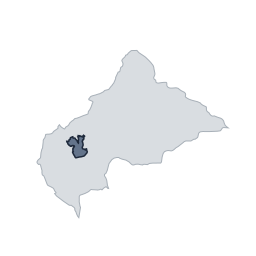 Bossangoa, Ouham, Central African Republic shown in context, rotated 345°
{"feature_id": "33826404B90258922405871", "entity_name": "Bossangoa", "entity_type": "district", "adm_level": 2, "iso_a3": "CAF", "parent_name": "Central African Republic", "parent_adm1": "Ouham", "projection": "robinson", "projection_center": [17.361, 6.343], "detail": "fine", "context": "in_parent", "style": "filled", "palette": "slate", "viewbox_px": 256, "rotation_deg": 345, "n_neighbors": 0, "source": "geoboundaries", "source_scale": "gbopen_adm2", "svg_char_len": 6666}
<svg xmlns="http://www.w3.org/2000/svg" viewBox="0 0 256 256"><g transform="rotate(345 128 128)"><path d="M174.5,93.2L176.7,93.8L177.1,94.6L176.5,97.1L176.9,98.6L178.2,99.9L179.4,100.5L180.6,100.8L184.8,101.6L186.5,102.5L188.8,105.5L191.7,108.1L192.4,109.5L192.3,110.8L191.5,112.4L191.6,113.0L192.9,114.6L194.5,116.1L197.2,117.9L202.1,120.7L204.3,122.5L205.0,124.0L206.3,125.5L208.0,126.9L209.1,128.0L208.4,131.0L208.6,132.0L209.0,132.9L210.1,134.1L210.5,135.6L211.5,137.5L212.7,138.4L214.6,138.7L215.7,139.6L217.9,141.2L220.0,142.5L220.9,143.4L221.5,144.2L221.9,145.2L222.2,146.1L222.2,148.2L222.6,150.7L223.8,152.5L224.8,153.8L220.5,152.3L219.9,152.3L219.1,152.5L216.9,154.4L216.2,154.6L213.3,154.2L206.5,152.7L201.2,151.3L199.6,150.8L196.8,150.4L194.9,151.3L193.2,154.6L192.7,155.2L189.9,156.2L188.6,155.9L185.5,156.8L180.5,155.5L178.8,155.7L177.4,156.4L173.9,157.9L171.8,158.8L169.3,159.5L166.9,160.7L165.3,161.3L163.8,161.3L162.4,160.7L160.8,160.1L159.0,160.0L157.1,160.3L155.5,161.6L154.8,162.6L153.4,165.0L151.7,169.1L151.1,169.9L150.5,170.3L142.8,168.3L139.5,167.8L137.3,168.4L134.5,167.3L133.2,167.1L132.7,167.5L131.1,166.9L128.6,165.6L126.1,165.0L124.0,165.2L122.6,164.7L121.6,163.4L120.2,161.0L117.7,158.5L114.3,156.6L112.2,155.1L111.4,154.1L109.6,153.6L106.8,153.5L104.2,154.4L100.4,157.5L96.9,163.7L94.9,166.1L93.3,166.7L92.9,168.2L93.7,170.6L93.9,173.3L93.3,178.0L93.6,181.4L92.7,180.9L91.9,179.3L91.5,179.0L89.2,179.7L88.0,180.3L87.3,180.9L86.8,181.0L86.1,180.2L85.5,180.0L84.6,180.2L83.7,180.2L83.0,180.0L82.6,180.1L81.5,179.6L77.5,178.3L76.8,177.9L76.0,177.9L74.0,179.0L72.9,179.4L69.5,180.1L66.0,180.4L64.6,180.4L63.7,180.9L63.1,181.7L62.0,186.0L61.7,186.7L61.7,187.8L61.4,191.2L61.6,192.3L57.3,201.9L56.6,200.3L56.2,198.4L56.0,196.3L56.1,195.7L55.8,195.1L55.4,193.3L55.8,192.2L55.5,191.0L54.7,189.9L53.9,189.0L53.5,188.2L53.1,187.9L52.3,187.8L51.2,187.3L46.5,181.8L41.6,175.5L40.6,173.5L40.2,172.3L41.4,172.2L41.7,171.9L41.7,171.4L40.9,169.8L40.6,167.7L40.0,166.5L38.0,164.6L36.2,163.1L35.6,162.4L35.3,161.3L34.6,154.5L34.3,152.6L33.7,151.8L33.3,151.4L33.1,150.9L33.2,149.7L33.4,148.6L33.4,148.2L33.9,147.3L33.9,141.0L33.4,140.1L32.2,140.1L31.7,139.2L31.2,138.1L31.3,137.2L32.4,136.0L33.1,135.5L35.2,134.5L35.8,134.0L36.1,133.4L36.4,132.5L37.6,129.3L39.4,126.1L40.2,125.4L42.0,120.7L42.5,119.5L42.8,118.3L43.4,117.3L45.3,115.7L46.9,112.9L48.5,113.1L50.1,113.5L52.3,113.7L54.0,113.2L55.1,112.1L60.3,110.2L60.6,108.7L61.5,107.9L62.4,107.2L62.7,107.1L62.8,107.6L63.4,109.2L64.6,110.8L66.3,112.5L66.8,112.4L67.9,111.1L70.6,110.3L71.3,109.9L73.2,108.0L75.5,106.8L76.9,106.4L79.2,105.1L80.9,105.3L83.5,105.1L88.0,104.5L91.2,104.3L92.8,104.1L93.2,103.8L93.9,102.0L94.3,101.5L95.6,100.7L97.9,98.0L99.5,95.7L99.9,94.9L100.3,94.7L100.9,93.8L100.3,92.8L97.6,90.7L97.6,90.4L97.5,90.1L97.6,89.8L98.7,89.0L100.0,88.0L101.5,87.7L105.3,87.7L108.5,87.5L109.3,87.6L111.8,87.1L113.5,86.7L115.3,85.7L119.3,85.8L122.6,83.3L123.6,82.8L124.0,82.4L124.1,82.1L125.7,81.1L127.4,79.0L128.8,77.2L129.2,75.9L133.0,71.4L134.3,71.5L134.9,71.0L136.4,68.0L136.9,67.5L138.5,67.0L139.2,66.1L139.8,64.8L139.8,63.2L139.5,61.9L139.5,61.3L139.9,60.7L140.5,60.1L143.4,58.5L144.1,57.8L144.5,57.1L145.3,57.0L146.2,57.0L146.8,56.6L147.4,55.9L149.4,54.9L151.2,54.1L153.1,54.5L156.7,55.4L157.7,57.5L158.2,58.3L162.6,63.3L163.4,64.4L165.6,68.1L166.9,70.5L168.4,74.0L168.6,75.9L168.4,77.5L168.1,82.2L167.7,83.5L165.8,86.0L165.8,87.1L166.2,88.1L166.7,88.4L167.1,88.9L166.9,91.1L167.6,91.9L169.0,92.5L172.6,92.9L174.5,93.2Z" fill="#d9dde1" stroke="#a8b0b8" stroke-width="1"/><path d="M65.8,127.5L66.0,128.3L66.3,128.5L66.4,128.9L66.4,129.1L66.5,129.3L66.8,129.5L67.0,129.5L67.2,129.8L67.2,130.0L67.3,130.3L67.5,130.5L67.8,130.8L68.1,130.9L68.3,131.0L68.5,131.0L68.8,130.9L68.8,130.6L69.6,130.6L69.9,130.7L70.0,130.6L70.3,130.6L70.5,130.7L70.8,130.9L71.0,131.1L71.3,131.2L71.4,131.3L71.5,131.5L71.5,131.8L71.4,131.9L71.3,132.1L71.2,132.2L70.8,132.1L70.6,132.2L70.6,132.5L70.4,132.5L70.2,132.6L70.2,132.8L70.2,133.0L70.0,133.4L69.9,133.5L69.7,133.7L69.4,133.7L69.3,133.8L69.2,134.2L69.2,134.4L69.3,134.5L69.2,134.7L69.1,134.9L68.9,135.6L68.9,135.8L69.0,136.0L69.1,136.3L69.1,136.5L68.4,136.7L68.2,136.9L68.2,137.1L68.2,137.4L68.3,137.6L68.3,137.8L68.5,138.0L68.5,138.3L68.4,138.5L68.5,138.7L68.5,139.0L68.6,139.4L68.6,139.8L68.7,140.0L68.9,140.2L69.0,140.4L69.0,140.7L69.1,141.1L69.3,141.5L69.2,142.0L69.4,142.5L69.5,142.7L69.9,143.3L72.3,143.4L73.4,143.4L75.5,143.7L77.7,143.7L78.6,143.6L79.4,143.1L81.4,141.7L81.8,141.5L82.2,140.9L82.5,140.5L82.4,139.4L82.4,138.9L82.3,138.5L82.4,138.1L82.5,138.0L82.6,137.7L82.5,137.4L82.4,137.4L82.3,137.5L82.2,137.7L82.1,137.8L81.9,137.7L81.7,137.7L81.6,137.8L81.5,137.6L81.4,137.5L81.3,137.4L81.2,137.4L81.0,137.2L80.9,137.2L80.8,137.3L80.8,137.5L80.8,137.8L79.6,136.8L78.8,136.3L78.7,135.7L78.8,135.3L78.7,135.1L78.8,134.7L79.3,134.2L79.8,133.5L80.0,133.2L80.3,132.8L80.3,132.3L80.4,131.6L80.5,130.7L80.4,130.3L80.4,130.0L80.4,129.7L80.3,129.4L80.3,129.2L80.5,129.0L80.7,128.8L80.7,128.5L80.8,128.3L80.9,128.2L81.1,128.2L81.2,127.8L81.3,127.7L81.5,127.7L81.9,127.6L82.0,127.6L82.1,127.4L82.3,127.3L82.6,127.1L82.6,126.8L82.6,126.7L82.5,126.4L82.7,126.2L82.7,125.9L82.5,125.7L83.0,125.3L83.2,125.1L83.3,125.1L83.6,125.1L83.8,125.0L83.9,124.9L83.9,124.7L83.9,124.4L83.6,124.3L83.3,124.3L83.3,124.1L83.4,123.9L83.2,123.5L82.9,123.7L82.6,124.0L82.4,124.1L82.1,124.1L81.6,124.4L81.3,124.2L81.2,124.1L80.9,124.2L80.9,124.3L80.5,124.1L80.3,124.0L80.0,123.7L79.8,123.4L79.7,123.1L79.2,122.9L78.9,122.8L79.1,123.1L79.2,123.3L79.1,123.5L78.8,123.5L78.7,123.4L78.4,123.2L78.1,123.1L77.9,123.0L77.8,122.9L77.7,122.9L77.4,123.0L77.5,123.2L77.5,123.3L77.5,123.5L77.4,123.8L77.3,124.0L77.4,124.3L77.5,124.3L77.7,124.5L77.4,125.1L77.4,125.9L77.3,126.4L77.0,127.0L76.6,127.7L76.5,128.0L76.5,128.5L76.4,129.2L76.3,129.5L76.2,129.7L75.9,129.3L75.7,128.9L75.7,128.7L75.7,128.4L75.5,128.0L75.5,127.8L75.6,127.5L75.7,127.3L75.7,127.1L75.4,126.7L75.3,126.3L75.1,126.2L74.6,125.6L74.4,125.2L74.3,124.9L74.3,124.3L74.0,124.1L73.8,123.9L73.6,123.8L73.4,123.8L73.0,123.8L72.7,123.6L72.4,123.5L72.4,123.2L72.3,122.7L72.4,122.2L72.2,122.2L71.9,122.1L71.7,122.2L71.7,122.3L71.4,122.3L71.2,122.3L70.8,122.3L70.5,122.4L70.3,122.4L69.9,122.5L69.7,122.8L69.7,123.0L69.6,123.3L69.5,123.5L69.4,123.6L69.4,123.8L69.2,124.0L68.8,124.0L68.7,124.0L68.6,123.9L68.1,124.1L68.0,124.3L67.9,124.4L67.8,124.6L67.7,125.0L67.6,125.3L67.4,125.5L67.1,125.6L66.9,125.5L66.8,125.4L66.6,125.5L66.4,125.5L66.3,125.4L66.2,125.3L65.8,125.1L65.7,125.0L65.6,124.9L65.4,124.9L65.4,125.3L65.5,125.5L65.4,125.7L65.9,126.9L65.9,127.2L65.9,127.4L65.8,127.5Z" fill="#64748b" stroke="#1e293b" stroke-width="1.5"/></g></svg>